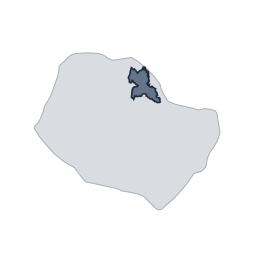 location of Ntsupe, Qacha's Nek, Lesotho, rotated 251°
{"feature_id": "5366337B15703644997437", "entity_name": "Ntsupe", "entity_type": "district", "adm_level": 2, "iso_a3": "LSO", "parent_name": "Lesotho", "parent_adm1": "Qacha's Nek", "projection": "orthographic", "projection_center": [28.725, -29.92], "detail": "fine", "context": "in_parent", "style": "filled", "palette": "slate", "viewbox_px": 256, "rotation_deg": 251, "n_neighbors": 0, "source": "geoboundaries", "source_scale": "gbopen_adm2", "svg_char_len": 6453}
<svg xmlns="http://www.w3.org/2000/svg" viewBox="0 0 256 256"><g transform="rotate(251 128 128)"><path d="M166.5,170.2L159.8,172.3L158.9,172.5L154.6,172.0L148.8,172.5L144.3,173.7L140.8,174.1L135.1,180.3L124.8,196.8L122.1,200.3L121.3,206.8L119.0,211.9L116.1,215.9L113.2,216.9L104.6,215.4L93.5,213.4L87.0,208.5L81.3,202.0L78.2,197.3L75.0,194.7L73.9,193.3L69.4,191.1L67.7,190.0L66.2,189.2L64.3,186.1L63.2,183.3L63.5,175.7L60.3,171.1L54.7,163.4L51.2,157.1L46.4,148.4L43.4,141.0L40.3,133.3L40.6,130.0L43.5,127.7L51.8,123.7L58.3,120.6L62.9,115.0L67.9,106.7L70.4,101.8L72.8,99.5L75.5,96.0L80.2,88.2L85.4,79.6L91.0,70.3L98.1,67.6L107.9,64.4L117.2,56.3L128.4,49.5L146.5,42.0L154.9,40.1L158.1,39.1L160.2,40.5L162.3,44.7L165.4,48.2L172.5,54.3L175.6,55.8L182.9,64.9L190.8,71.2L199.8,78.4L205.9,82.0L209.1,83.0L211.7,89.4L214.3,94.1L215.7,98.5L215.4,102.9L212.5,113.4L208.3,124.1L204.9,128.6L200.9,131.4L196.9,135.6L195.4,144.3L193.5,154.4L188.4,158.6L184.3,161.3L178.8,164.7L166.5,170.2Z" fill="#d9dde1" stroke="#a8b0b8" stroke-width="1"/><path d="M156.2,166.9L156.7,166.0L157.4,165.8L157.9,165.3L159.2,164.6L159.7,164.3L159.7,164.1L159.5,163.8L159.3,163.8L158.7,164.2L158.5,163.8L158.8,163.4L159.4,163.3L159.6,162.5L160.0,161.9L160.4,161.8L160.7,161.5L160.8,161.5L161.1,161.7L161.6,162.3L162.3,162.7L162.4,162.3L161.9,161.7L161.9,161.2L162.2,160.6L162.9,160.4L163.3,160.4L163.7,160.6L164.1,160.4L164.2,160.9L164.4,161.1L164.1,161.3L163.5,161.2L163.3,161.3L163.8,161.6L164.1,161.9L164.4,162.1L164.7,161.8L164.9,161.9L165.0,162.2L164.8,162.3L164.7,162.5L165.0,162.6L164.9,163.4L165.1,163.1L165.4,163.3L165.4,163.5L165.6,163.5L166.0,163.0L166.4,162.9L167.1,163.7L167.3,163.7L167.5,163.5L168.1,163.5L168.5,163.8L168.5,163.7L169.3,163.8L169.7,163.6L169.8,163.8L169.8,164.1L169.8,164.4L169.8,164.5L170.2,164.7L170.3,164.7L170.5,164.1L170.5,163.7L170.7,163.3L170.8,163.2L171.3,163.4L171.4,163.6L171.3,163.8L171.1,163.9L171.0,164.1L171.1,164.4L171.5,164.6L171.8,164.4L171.7,164.0L171.8,164.0L172.3,164.5L172.3,165.1L172.7,165.4L172.9,165.3L173.3,165.3L173.3,165.1L173.4,164.9L173.3,164.6L173.5,164.5L173.6,164.8L174.0,164.3L174.1,164.6L174.1,164.9L174.5,165.2L175.0,165.4L175.1,165.0L175.4,164.7L175.0,164.6L174.7,164.8L174.7,164.3L174.7,163.9L175.0,163.9L175.1,163.6L175.4,163.9L175.7,164.0L175.8,164.2L175.8,164.5L176.2,164.4L176.3,164.4L176.1,163.9L175.8,163.9L175.9,163.7L177.6,163.8L177.8,163.8L177.8,163.6L177.7,163.4L177.4,163.4L177.4,162.7L177.5,162.6L177.8,163.2L178.0,163.2L178.3,162.6L178.5,162.4L178.7,162.0L178.8,162.1L178.8,162.4L178.6,162.7L178.5,163.7L179.1,164.0L179.6,164.0L179.7,163.8L179.4,163.7L179.2,163.0L179.2,162.7L179.4,162.5L179.5,162.1L179.6,162.3L179.5,162.5L179.7,162.9L179.9,163.0L180.1,163.2L180.3,163.3L180.5,163.0L180.4,162.5L180.6,162.3L180.6,162.0L180.4,161.9L180.3,162.1L179.8,161.5L179.5,161.8L179.3,161.5L179.2,161.4L179.1,161.1L178.3,160.6L178.4,160.2L178.2,160.0L178.2,159.9L178.3,159.9L178.1,159.7L178.3,159.5L178.5,159.1L178.5,158.7L178.4,158.4L178.4,158.0L178.2,157.8L178.1,157.6L178.2,157.4L177.9,157.0L177.7,156.1L177.2,155.8L177.2,155.5L176.8,155.0L176.7,154.8L177.6,154.6L178.2,154.5L178.3,154.6L178.7,154.3L179.1,154.3L179.4,154.2L180.0,154.1L180.2,153.9L180.5,153.5L181.0,153.5L181.2,153.3L181.8,153.3L181.9,153.2L181.7,152.8L181.7,152.7L181.4,152.3L181.5,152.0L182.7,151.5L183.2,151.4L183.5,151.3L183.7,151.1L183.9,151.1L184.1,150.8L183.2,150.3L182.7,150.1L182.3,149.7L181.9,149.6L181.6,149.3L181.4,148.9L180.7,148.7L180.3,148.4L180.2,148.1L179.8,148.0L179.5,148.2L179.4,148.2L179.2,147.9L178.9,147.7L178.6,147.4L177.8,146.9L177.4,146.6L177.2,146.4L177.1,146.2L176.9,145.8L176.5,145.5L176.4,145.4L175.9,145.1L175.7,144.8L175.3,144.6L175.2,144.7L174.9,144.7L174.7,144.6L174.4,144.7L174.1,144.8L173.8,144.9L173.6,144.9L173.4,144.9L173.0,144.9L172.4,144.6L172.2,144.6L171.9,144.4L171.7,144.4L171.1,144.2L171.0,144.9L170.9,144.9L170.3,144.7L170.2,144.7L170.0,144.8L170.0,145.2L169.7,145.6L169.7,145.8L169.9,145.9L170.3,146.5L170.4,147.2L170.6,147.5L171.0,147.6L171.7,147.4L171.6,148.0L171.3,148.1L170.6,148.0L170.3,148.2L168.8,148.2L168.7,148.4L168.7,148.7L168.5,148.9L168.4,149.2L168.2,149.4L167.1,149.5L166.9,149.6L166.4,150.2L165.9,150.5L165.6,150.6L165.4,150.8L165.3,151.3L165.0,151.3L165.0,151.0L165.0,150.7L164.9,150.4L164.6,150.2L164.5,150.5L164.3,150.6L164.2,150.5L164.3,150.3L164.1,149.8L164.3,149.6L164.3,149.2L164.4,148.8L164.8,148.4L164.6,148.0L164.6,147.8L164.6,147.6L164.8,147.6L164.8,147.4L164.8,147.2L164.7,146.8L164.7,146.5L164.6,146.3L164.2,146.0L164.3,145.8L164.2,145.7L163.8,145.4L163.6,145.4L163.2,144.7L162.8,144.8L162.6,144.3L162.2,144.3L162.1,144.1L161.9,144.0L161.6,144.0L161.3,143.6L160.8,143.6L160.6,143.5L160.4,143.5L160.2,143.2L159.9,143.1L159.5,142.7L158.3,142.5L157.6,141.9L157.3,141.8L157.1,141.8L156.8,141.6L156.2,141.3L156.0,141.2L155.8,141.2L155.8,141.4L155.3,141.5L155.2,141.7L154.9,141.9L154.8,142.1L154.5,142.2L153.8,142.7L153.3,142.7L153.5,142.9L153.7,143.4L154.0,143.5L154.2,143.4L154.4,143.4L154.8,144.0L155.3,144.2L156.1,144.8L155.6,145.3L155.3,145.4L155.1,145.5L155.0,146.0L155.4,146.4L155.4,146.5L155.0,147.0L154.7,147.1L154.4,147.7L154.5,148.3L154.5,149.0L154.6,149.5L154.1,149.6L153.9,149.8L153.8,150.0L154.0,150.7L153.8,151.3L154.3,151.5L154.7,152.1L155.1,152.3L155.2,152.5L155.5,153.1L155.5,153.3L155.2,153.6L155.1,153.8L154.8,155.1L154.5,155.4L154.2,156.0L153.8,156.0L153.6,156.0L153.4,156.1L153.2,156.1L152.9,155.8L152.3,155.6L152.3,155.8L152.1,156.1L152.1,156.4L151.3,156.6L151.1,156.8L150.7,156.9L150.1,157.0L149.8,157.6L149.6,157.7L149.3,157.8L148.4,158.2L148.2,158.5L148.2,158.8L147.9,159.1L147.8,159.8L147.6,160.4L147.4,160.4L147.1,160.2L146.9,160.2L146.8,160.6L146.7,160.8L146.0,160.8L145.6,160.9L145.6,161.3L145.3,161.9L144.3,161.9L144.3,162.5L144.0,163.0L143.6,163.1L143.4,163.2L142.9,163.4L142.5,163.8L142.4,164.2L142.4,164.5L142.3,164.9L142.2,165.1L142.1,165.5L141.9,165.8L142.1,167.0L142.3,167.0L142.5,167.2L143.2,167.1L143.4,167.0L144.2,167.1L144.7,167.5L145.0,167.8L145.5,167.7L145.5,167.0L145.7,166.9L146.1,167.1L146.3,167.5L146.6,167.4L146.7,167.2L146.6,166.8L146.8,166.6L146.9,166.2L147.4,165.8L147.7,165.2L148.1,164.9L148.5,164.9L149.1,165.1L149.3,165.4L149.3,166.0L149.2,166.4L149.4,166.7L150.2,166.7L151.0,166.6L151.3,166.2L151.5,166.2L151.6,166.8L152.4,166.8L152.5,166.8L152.8,166.6L152.9,166.4L153.1,166.0L153.5,166.0L154.0,165.9L154.5,166.1L154.9,166.1L155.0,166.1L155.9,166.9L156.2,166.9Z" fill="#64748b" stroke="#1e293b" stroke-width="1.5"/></g></svg>